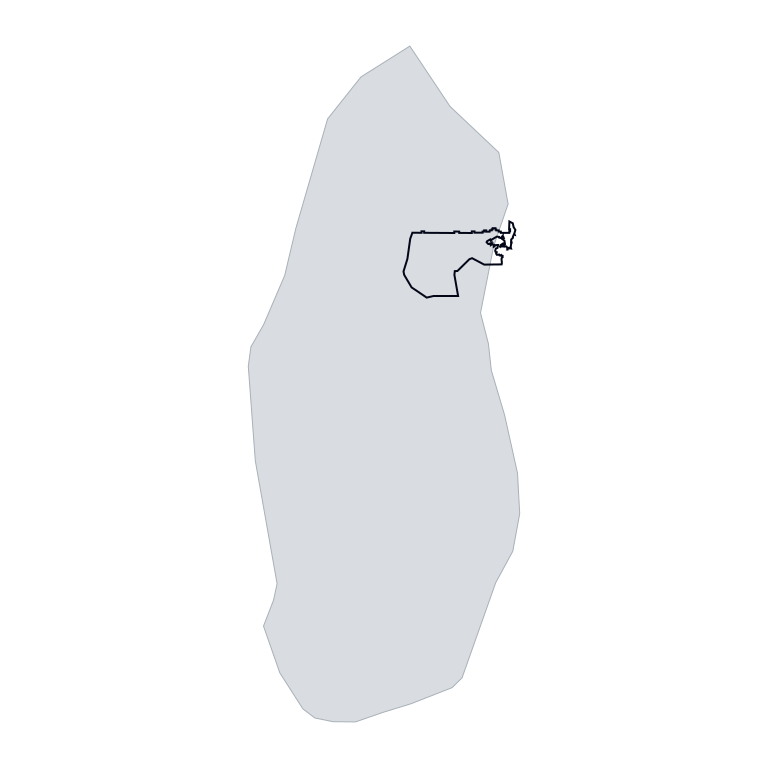 74, Al Khawr, Qatar (highlighted)
{"feature_id": "91078587B87151067735171", "entity_name": "74", "entity_type": "district", "adm_level": 2, "iso_a3": "QAT", "parent_name": "Qatar", "parent_adm1": "Al Khawr", "projection": "equal_earth", "projection_center": [51.544, 25.65], "detail": "medium", "context": "in_parent", "style": "outline", "palette": "ink", "viewbox_px": 768, "rotation_deg": 0, "n_neighbors": 0, "source": "geoboundaries", "source_scale": "gbopen_adm2", "svg_char_len": 2395}
<svg xmlns="http://www.w3.org/2000/svg" viewBox="0 0 768 768"><path d="M411.1,703.7L382.5,712.5L355.5,721.9L333.0,721.7L314.9,718.0L302.9,708.9L279.8,672.8L263.5,626.1L273.6,600.0L277.1,583.7L255.3,460.7L248.3,366.3L250.9,346.9L263.6,324.7L284.7,275.5L295.9,228.2L327.6,118.9L361.0,76.9L409.8,46.1L450.0,106.4L498.8,152.5L508.1,204.0L493.7,246.0L480.5,312.9L488.4,343.7L491.3,370.3L504.6,415.1L517.5,473.2L519.7,513.7L512.8,551.2L495.7,582.7L462.1,677.7L452.1,687.6L411.1,703.7Z" fill="#d9dde1" stroke="#a8b0b8" stroke-width="1"/><path d="M458.1,296.0L454.4,274.9L454.8,271.1L457.4,271.0L469.4,259.2L472.1,258.2L484.2,264.6L501.6,264.4L501.9,263.0L501.5,258.9L502.0,257.3L502.6,257.2L502.6,255.8L500.8,255.4L501.9,254.3L500.4,255.6L499.5,255.4L499.2,254.6L496.9,254.8L496.1,253.6L496.7,252.2L495.5,251.8L495.2,250.9L495.8,248.6L497.5,247.9L498.0,245.0L494.4,245.2L494.5,246.4L493.7,246.8L493.6,244.6L491.9,244.3L491.2,244.8L491.4,243.6L490.6,244.4L489.9,243.9L490.6,243.5L490.0,243.5L489.7,244.2L488.1,243.9L486.6,242.2L487.1,241.2L490.2,239.4L490.9,240.9L491.7,239.6L496.9,236.6L499.0,236.9L499.0,237.5L500.5,238.0L501.4,237.4L501.9,237.9L501.9,236.7L502.7,235.8L502.6,237.1L503.4,237.0L503.7,237.8L502.5,237.6L502.1,238.9L504.4,240.6L505.0,244.2L503.5,245.2L502.9,244.7L503.5,243.4L503.2,243.4L500.6,245.1L500.3,246.3L499.8,245.7L500.0,246.6L504.5,246.3L504.6,247.6L504.5,246.2L506.4,246.5L507.2,247.5L507.4,250.5L507.6,247.9L508.3,247.9L507.9,248.6L508.5,248.4L508.5,249.0L508.5,248.4L509.1,248.5L509.4,249.3L509.3,248.1L510.6,247.1L510.6,248.4L511.1,248.5L510.7,247.1L511.3,242.7L512.6,242.5L511.1,242.6L511.1,241.6L512.3,241.5L511.1,241.6L511.2,239.5L512.8,237.9L513.7,238.2L512.8,237.8L512.9,236.7L513.9,234.4L514.7,234.7L514.3,233.6L515.4,229.9L513.6,227.1L512.8,223.3L509.4,221.5L509.1,229.2L510.1,229.2L510.1,231.3L509.3,231.3L509.3,232.9L500.8,232.9L500.8,231.6L498.7,231.6L498.7,230.4L496.3,230.4L496.3,229.6L495.5,229.6L495.5,228.2L492.7,228.2L492.7,229.3L491.7,229.3L491.7,230.3L489.8,230.3L489.6,231.7L486.2,231.7L486.2,230.4L484.1,230.4L484.1,231.5L482.6,231.5L482.6,232.7L474.5,232.7L474.5,231.4L471.8,231.4L471.8,233.0L459.2,232.9L459.2,231.6L454.3,231.5L454.3,233.0L424.2,232.8L424.2,231.3L421.5,231.3L421.5,232.8L412.4,232.7L410.2,238.8L407.4,258.9L403.5,271.5L404.2,274.9L411.6,287.4L426.7,297.6L433.5,296.0L458.1,296.0Z" fill="none" stroke="#020617" stroke-width="2"/></svg>